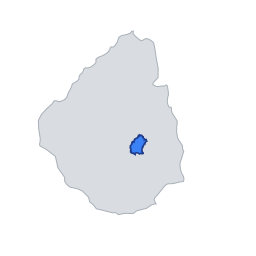 Arévalo, Cerro Largo, Uruguay (highlighted), rotated 38°
{"feature_id": "84410073B27325052760321", "entity_name": "Arévalo", "entity_type": "district", "adm_level": 2, "iso_a3": "URY", "parent_name": "Uruguay", "parent_adm1": "Cerro Largo", "projection": "albers", "projection_center": [-55.198, -32.737], "detail": "fine", "context": "in_parent", "style": "filled", "palette": "blue", "viewbox_px": 256, "rotation_deg": 38, "n_neighbors": 0, "source": "geoboundaries", "source_scale": "gbopen_adm2", "svg_char_len": 5187}
<svg xmlns="http://www.w3.org/2000/svg" viewBox="0 0 256 256"><g transform="rotate(38 128 128)"><path d="M196.9,170.5L195.4,171.8L193.9,174.1L192.0,179.9L185.9,187.8L184.7,192.3L178.2,197.0L173.7,202.2L170.7,202.1L168.0,204.3L152.8,211.1L147.3,209.8L143.3,209.8L139.5,206.8L130.9,205.7L125.6,207.0L118.4,210.4L116.2,210.3L114.6,210.2L110.7,208.8L108.5,205.9L97.4,202.6L88.3,195.1L77.7,195.1L69.6,196.3L68.3,195.3L67.4,193.4L65.6,190.6L58.4,183.9L52.7,177.3L51.4,170.7L52.0,163.4L53.4,154.8L53.0,152.1L55.0,150.5L57.1,150.1L59.0,147.9L60.6,144.5L60.9,141.9L59.4,137.2L58.2,130.7L57.0,127.5L59.1,122.2L59.2,119.7L57.8,117.5L57.4,115.3L57.9,112.9L57.7,110.7L56.8,108.6L57.4,106.8L59.5,105.3L61.0,103.1L61.9,100.2L62.4,97.9L62.4,96.4L61.7,95.0L60.4,93.6L60.9,90.9L63.3,86.8L64.9,83.2L65.5,80.0L65.4,77.5L64.5,75.6L64.8,74.3L66.4,73.6L67.0,71.5L66.6,66.5L64.9,62.3L66.1,59.0L69.5,55.1L71.3,52.0L71.4,49.6L72.5,48.3L74.2,50.8L79.2,51.3L84.3,51.3L85.1,50.7L87.0,46.5L89.6,45.2L92.5,44.9L95.6,45.0L98.9,47.7L108.4,56.6L115.4,62.8L117.5,65.7L119.3,67.9L120.7,69.9L120.1,75.3L120.2,77.6L120.6,78.3L122.1,78.3L124.4,77.9L126.4,76.8L127.9,75.0L129.4,73.6L130.6,72.9L131.0,71.8L131.7,70.6L132.4,70.3L133.8,71.2L137.0,74.2L139.5,77.0L140.1,78.7L141.0,80.3L142.0,81.8L142.7,83.2L145.1,85.1L147.6,86.3L149.2,85.1L153.3,88.9L162.4,92.2L164.0,94.2L165.6,97.0L168.7,101.2L173.1,105.1L176.6,106.7L179.9,107.7L181.8,108.5L183.1,110.0L185.1,111.6L186.4,112.2L186.8,113.6L188.1,116.7L189.5,120.6L190.9,124.2L194.1,127.7L197.8,130.5L201.6,132.0L203.7,134.0L204.6,135.9L201.9,138.8L199.1,142.4L196.6,145.2L194.0,147.2L193.2,148.6L192.6,150.7L192.4,162.1L192.1,166.3L192.3,167.4L192.6,168.2L194.2,169.3L196.1,170.3L196.9,170.5Z" fill="#d9dde1" stroke="#a8b0b8" stroke-width="1"/><path d="M149.6,126.1L149.5,125.9L149.4,125.8L149.1,126.0L148.8,126.6L148.6,126.7L148.1,126.6L147.9,126.7L147.9,126.8L147.7,126.5L147.5,126.4L147.4,126.4L147.2,126.4L147.1,126.5L146.9,126.5L146.7,126.4L146.5,126.5L146.3,126.5L146.3,126.4L146.2,126.4L145.9,126.4L145.9,126.2L145.7,126.1L145.6,125.9L145.5,125.7L145.4,125.6L145.1,126.0L144.9,126.0L144.8,125.9L144.7,125.8L144.6,125.6L144.2,125.6L143.9,125.5L143.8,125.4L143.5,125.3L143.4,125.3L143.1,125.4L143.1,125.5L143.3,125.6L143.2,125.7L143.2,125.9L142.9,126.1L142.8,126.3L142.7,126.3L142.7,126.2L142.3,126.0L142.1,126.3L141.7,126.2L141.6,126.3L141.5,126.5L141.4,126.6L141.5,126.6L141.4,126.7L141.2,126.6L141.2,126.8L141.3,126.9L141.2,127.1L141.0,127.5L141.4,127.7L141.2,127.8L141.3,128.0L141.2,128.3L141.3,128.3L141.3,128.5L141.4,128.8L141.4,129.0L141.5,129.1L141.7,129.3L141.6,129.5L141.4,129.7L141.4,129.8L141.4,130.0L141.2,130.1L141.1,130.3L141.0,130.7L141.0,130.8L140.9,130.9L140.9,131.0L140.7,131.3L140.8,131.3L140.7,131.5L140.6,131.8L140.6,132.0L140.5,132.3L140.4,132.5L140.5,132.5L140.4,132.5L140.5,132.8L140.6,133.0L140.6,133.3L140.6,133.5L140.4,133.8L140.4,134.0L140.5,134.2L140.5,134.3L140.8,134.6L140.9,134.8L141.0,134.9L140.9,134.9L140.9,135.1L140.8,135.4L140.9,135.5L141.0,135.6L140.9,135.7L141.0,135.7L140.9,135.8L140.8,136.0L140.7,135.9L140.2,135.8L140.0,136.1L139.9,136.1L139.9,136.3L140.1,136.6L140.0,136.8L139.9,137.0L140.2,137.2L140.3,137.4L140.8,137.7L140.8,137.8L140.7,138.1L140.6,138.3L140.9,138.6L140.9,138.9L141.0,139.0L140.9,139.3L140.9,139.5L140.9,139.9L140.8,140.1L140.8,140.3L140.8,140.5L140.9,140.8L141.1,141.1L141.4,141.1L141.5,141.2L141.6,141.4L141.7,141.5L141.6,141.8L141.7,142.0L141.8,142.0L142.0,142.0L142.2,142.5L142.3,142.5L142.5,142.4L142.7,142.5L142.8,142.7L142.9,142.8L143.0,142.7L143.4,142.8L143.8,143.4L143.9,143.5L144.0,143.8L144.0,144.1L144.0,144.3L144.3,144.3L144.5,144.4L144.6,144.6L144.5,144.8L144.7,145.0L144.7,145.3L144.8,145.3L145.1,145.4L145.3,145.3L145.5,145.5L145.6,145.4L145.5,145.2L145.4,145.1L145.3,144.9L145.5,144.8L145.6,145.0L145.9,144.9L146.0,145.0L146.4,145.3L146.5,145.4L146.9,145.3L147.1,145.2L147.2,144.9L147.4,144.9L147.5,144.8L147.7,144.7L147.9,144.6L148.0,144.4L148.4,144.6L148.5,144.7L148.9,144.6L149.0,144.7L149.3,144.6L149.7,144.5L150.0,144.5L149.8,144.2L149.7,144.2L149.4,143.8L149.2,143.6L149.3,143.4L149.4,143.2L149.6,142.7L149.8,142.4L150.0,142.3L149.9,142.2L150.3,142.0L150.7,141.8L150.8,141.7L151.3,141.4L153.0,141.4L153.0,141.2L153.3,140.9L153.6,140.5L153.8,140.3L153.9,140.2L154.1,139.9L154.4,139.8L154.3,139.6L154.2,139.5L154.3,139.4L154.5,139.3L154.8,139.3L155.2,139.3L155.4,139.3L155.5,139.2L155.5,138.8L155.6,138.6L155.4,138.3L155.2,138.2L154.9,138.2L154.5,138.4L154.3,138.3L154.2,138.1L153.6,137.6L153.3,137.7L153.2,137.7L153.1,137.4L152.9,137.3L152.9,137.1L152.7,136.9L152.1,136.6L152.0,136.3L152.0,135.9L151.9,135.8L151.9,135.6L151.7,135.0L151.6,134.9L151.7,134.5L151.6,134.4L151.2,134.3L151.1,134.2L151.3,134.0L151.5,133.9L151.3,133.5L151.2,133.4L151.0,133.2L151.2,132.8L151.2,132.7L150.9,132.5L150.8,132.4L150.8,132.2L151.0,132.0L151.0,131.8L150.8,131.2L150.5,130.7L150.5,130.3L150.6,130.1L150.7,129.8L150.8,129.8L150.6,129.6L150.8,129.4L150.8,129.2L150.7,129.0L150.5,128.9L150.4,128.8L150.4,128.6L150.4,128.2L150.6,127.9L150.5,127.5L150.5,127.1L150.8,126.9L150.6,126.8L150.4,126.7L150.2,126.6L150.2,126.3L149.9,126.2L149.6,126.1Z" fill="#3b82f6" stroke="#1e3a8a" stroke-width="1.5"/></g></svg>